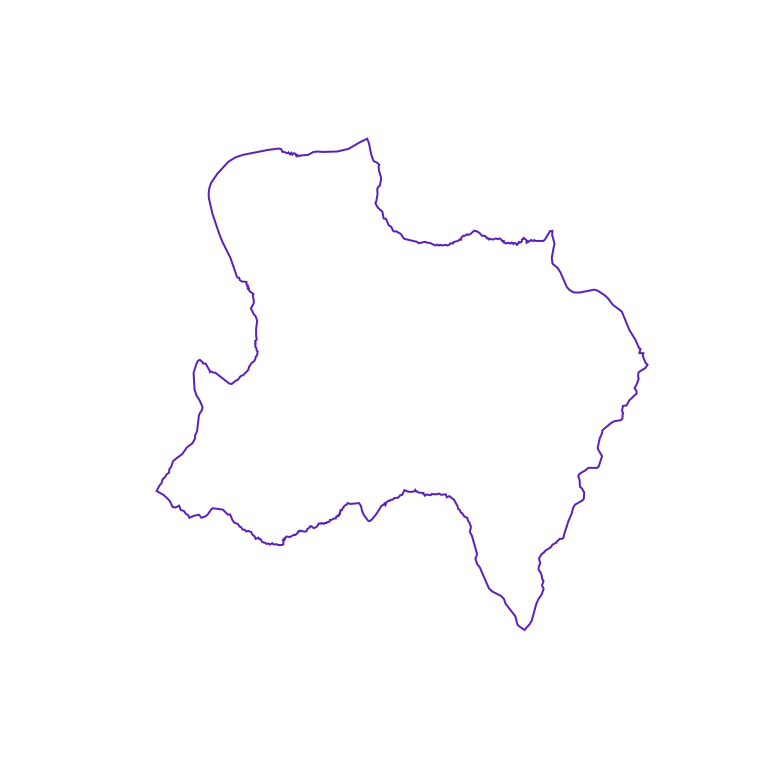 Sambour, Krâchéh, Cambodia, rotated 215°
{"feature_id": "14789045B56748216757277", "entity_name": "Sambour", "entity_type": "district", "adm_level": 2, "iso_a3": "KHM", "parent_name": "Cambodia", "parent_adm1": "Krâchéh", "projection": "robinson", "projection_center": [106.055, 13.019], "detail": "fine", "context": "isolated", "style": "outline", "palette": "violet", "viewbox_px": 768, "rotation_deg": 215, "n_neighbors": 0, "source": "geoboundaries", "source_scale": "gbopen_adm2", "svg_char_len": 6154}
<svg xmlns="http://www.w3.org/2000/svg" viewBox="0 0 768 768"><g transform="rotate(215 384 384)"><path d="M173.7,511.5L171.6,521.1L173.2,523.2L176.3,524.2L177.0,529.6L178.5,534.6L180.0,535.7L181.9,538.8L181.9,540.5L179.1,546.9L179.2,551.0L182.1,551.5L188.2,555.5L189.2,558.0L192.5,555.8L194.1,559.9L195.4,559.6L203.6,564.5L214.0,569.0L230.7,579.7L241.8,580.1L249.9,582.7L254.6,583.3L262.5,583.0L265.9,581.9L276.2,571.1L281.0,567.9L285.5,567.4L289.6,568.2L303.8,576.8L308.6,578.7L314.4,579.1L315.6,579.8L319.1,583.9L325.0,596.9L331.6,602.4L334.0,606.0L335.7,604.2L335.0,594.5L335.5,592.6L342.1,588.0L343.4,588.1L343.7,586.8L346.2,586.2L346.0,585.6L347.8,582.3L348.0,583.1L348.7,582.2L349.2,583.4L352.8,583.7L352.5,583.3L353.6,582.6L353.8,581.2L353.1,580.5L353.0,578.6L355.0,577.8L354.4,576.4L355.3,575.3L354.7,574.5L355.3,574.1L356.5,574.9L358.6,573.9L358.5,572.9L360.5,573.1L361.1,571.4L362.8,571.3L365.0,568.9L366.6,569.1L367.1,568.6L368.0,568.9L368.2,569.8L369.5,568.9L371.2,569.7L372.9,569.5L373.6,568.1L376.0,567.3L377.7,564.7L380.2,563.9L380.8,562.6L381.8,563.1L382.7,562.5L383.2,563.0L384.4,562.6L385.7,563.3L387.3,562.8L388.6,561.6L392.5,562.5L395.6,562.3L398.1,561.3L399.4,555.8L400.7,554.4L401.6,554.5L403.0,551.5L404.0,551.1L404.6,548.8L403.8,546.3L404.7,546.3L405.5,543.6L408.2,540.5L408.2,538.5L409.1,538.5L410.5,536.6L410.5,535.2L411.9,533.6L413.0,533.5L416.4,530.5L418.0,530.2L418.2,529.3L419.4,528.5L420.4,528.7L421.5,526.9L427.3,525.9L429.8,524.4L431.6,524.3L436.4,519.2L438.5,519.4L450.2,514.7L451.7,514.6L456.1,516.6L461.8,516.0L462.7,515.0L464.5,514.7L468.2,516.9L471.2,516.7L477.1,520.4L479.2,519.4L484.0,524.1L490.4,525.0L494.7,527.1L495.2,529.4L498.2,535.8L501.4,539.9L501.8,542.0L501.2,543.9L503.5,549.5L505.6,552.1L510.5,555.9L513.2,559.1L513.7,560.9L516.7,561.3L520.2,560.7L521.3,561.2L526.5,565.0L534.2,572.4L538.4,575.3L542.6,567.8L547.9,556.3L555.7,547.6L567.5,538.8L571.8,536.3L574.9,533.5L577.8,527.9L583.5,523.3L583.7,522.4L585.9,521.9L585.7,520.6L587.1,520.6L587.7,521.6L589.7,521.6L590.2,521.3L590.7,519.3L592.4,520.2L592.6,518.3L595.0,518.9L595.0,518.1L596.1,517.4L599.6,516.7L600.2,515.9L603.0,517.4L605.3,516.5L613.1,509.4L630.8,491.0L635.6,484.6L639.0,476.8L641.1,460.7L641.0,449.7L639.4,444.2L637.1,439.8L634.1,435.8L622.1,425.0L604.8,412.3L597.8,407.7L582.2,399.3L566.0,387.5L565.0,387.2L563.6,387.9L561.8,386.4L559.2,386.4L555.2,388.8L553.8,386.7L552.1,386.7L552.0,385.6L551.0,385.6L550.6,384.5L549.8,384.8L549.7,384.1L549.3,384.4L547.4,382.9L542.5,382.8L542.1,381.1L537.9,377.0L536.9,374.8L536.4,369.5L530.8,366.5L527.9,365.8L524.1,363.0L520.4,355.8L516.1,349.8L513.8,347.5L514.2,345.2L512.9,344.3L512.7,343.0L512.1,343.0L510.9,340.7L509.4,340.4L507.4,338.3L506.1,338.2L504.4,334.5L504.8,332.7L504.1,331.8L503.4,328.6L504.5,325.4L504.4,320.8L503.3,317.7L504.4,310.6L506.0,308.1L506.1,303.6L507.3,301.7L508.8,296.7L511.0,295.6L528.7,296.5L530.4,295.4L533.2,294.9L533.5,294.0L534.8,295.1L541.8,298.4L544.0,297.0L545.1,297.8L548.7,298.2L549.7,296.2L549.0,292.1L546.3,283.8L535.9,270.6L530.8,267.0L525.4,264.7L519.5,261.1L518.2,258.3L518.1,254.0L517.2,251.4L510.1,238.2L509.2,233.6L507.5,230.7L506.9,225.8L509.1,219.1L509.1,210.6L511.5,203.9L512.5,199.7L510.8,193.8L511.0,191.2L509.2,188.0L510.2,185.7L510.0,182.5L510.7,178.6L509.3,175.0L509.7,172.2L508.9,165.9L500.9,166.7L495.3,165.9L492.1,165.2L486.6,162.0L483.9,163.3L482.1,166.8L478.2,164.3L474.9,165.2L472.0,164.0L469.2,164.2L466.7,162.8L464.1,167.1L460.6,170.8L456.8,169.7L454.5,172.9L453.6,175.5L453.5,182.9L453.0,184.0L443.9,188.7L437.0,187.4L435.2,188.9L430.0,185.5L426.9,184.5L423.5,185.5L420.4,184.3L418.9,184.8L416.3,183.6L414.6,184.7L412.3,184.2L411.0,185.8L407.9,186.5L404.7,184.9L403.0,185.1L400.3,183.5L398.9,186.0L397.4,185.3L396.4,186.2L393.0,184.6L390.6,185.7L388.5,185.6L387.1,187.1L385.3,187.1L384.2,189.5L382.5,189.2L379.9,191.3L378.5,191.3L375.1,193.6L374.5,194.9L376.0,197.1L376.2,199.5L377.2,198.6L377.3,199.3L376.2,203.3L373.3,204.6L371.2,209.0L370.1,209.3L369.2,212.3L369.8,213.0L369.3,215.1L368.6,214.9L367.4,216.5L366.4,216.5L363.6,218.0L363.1,219.3L363.6,221.3L362.7,223.6L363.0,224.9L361.7,226.0L360.3,225.5L358.4,226.0L357.1,229.1L357.5,232.3L355.8,233.1L355.6,234.3L353.1,234.8L353.0,236.0L351.3,237.2L351.5,237.9L349.8,239.8L350.3,241.6L349.4,242.1L347.8,245.2L346.4,246.2L347.0,248.4L345.8,249.3L346.2,249.9L345.4,250.5L346.0,251.6L345.5,252.5L346.7,253.6L346.6,254.9L347.3,255.7L346.1,256.7L346.7,258.7L346.3,259.6L346.6,261.4L345.5,263.7L345.4,265.7L342.8,266.4L336.1,272.1L333.0,270.9L328.8,267.2L325.3,265.1L318.6,262.9L317.0,263.5L316.2,266.1L315.7,273.6L316.2,282.9L315.0,284.8L315.1,286.4L313.4,285.6L314.2,288.7L313.0,291.3L312.2,291.7L312.1,293.0L310.6,294.1L310.3,296.3L307.6,298.6L306.9,300.4L307.0,302.1L305.5,303.7L306.4,308.8L302.5,309.6L299.7,311.3L297.4,313.8L297.6,315.1L295.7,314.4L295.1,315.0L293.6,314.8L289.3,317.3L288.8,316.5L287.9,316.7L286.6,315.9L285.7,317.9L282.0,319.7L281.7,321.5L279.4,322.4L279.0,323.2L277.2,324.1L276.2,325.8L273.6,326.0L270.3,329.0L267.5,327.3L266.2,329.6L260.1,329.3L253.7,326.1L251.5,324.2L249.8,324.3L247.3,322.8L246.0,323.0L242.3,321.6L239.0,322.1L236.6,320.1L234.6,319.5L230.8,316.8L228.8,312.0L225.2,310.3L210.6,298.4L209.4,296.1L209.2,293.7L204.5,289.9L200.6,288.9L180.9,276.8L176.5,276.1L166.6,277.5L162.6,276.8L158.3,273.7L143.3,269.1L136.9,263.6L134.9,263.1L127.8,263.1L126.9,271.3L127.3,275.0L133.1,291.2L134.0,296.0L134.2,302.2L135.7,307.7L139.0,309.6L140.3,314.1L142.8,315.2L145.1,317.7L148.0,319.5L150.9,320.5L152.5,323.3L153.2,326.9L156.6,329.5L157.1,330.8L157.3,335.5L156.5,337.2L156.2,340.1L153.8,345.8L153.8,349.1L151.8,353.0L152.1,353.7L151.2,358.0L149.3,359.3L148.8,361.1L150.2,364.1L154.3,377.6L156.0,385.7L158.1,391.0L158.3,394.8L154.7,402.3L154.6,404.9L158.0,410.2L160.3,410.9L161.4,411.9L164.6,412.3L168.9,417.8L171.7,419.5L172.3,421.1L172.1,423.2L169.5,428.8L168.5,432.6L161.4,437.4L160.8,439.5L164.0,450.0L170.7,453.0L172.4,454.3L176.3,463.8L176.7,467.1L178.5,471.7L175.5,482.7L173.6,486.1L169.6,489.8L168.9,491.7L169.1,493.1L170.8,495.3L171.2,497.1L173.7,498.6L175.7,503.1L173.0,505.6L173.7,511.5Z" fill="none" stroke="#5b21b6" stroke-width="2"/></g></svg>